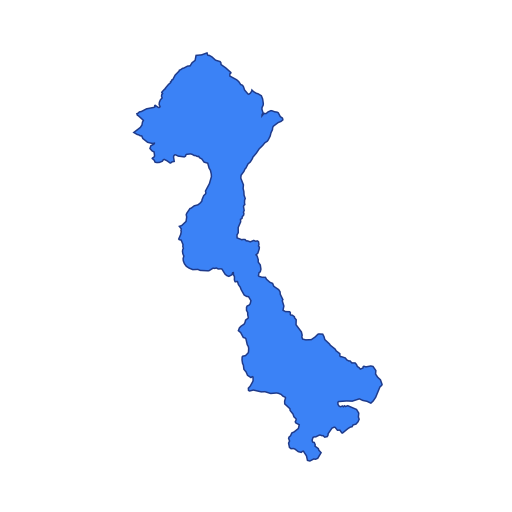 Ferreñafe, Lambayeque, Peru (orthographic projection), rotated 118°
{"feature_id": "86281439B15952287038744", "entity_name": "Ferreñafe", "entity_type": "district", "adm_level": 2, "iso_a3": "PER", "parent_name": "Peru", "parent_adm1": "Lambayeque", "projection": "orthographic", "projection_center": [-79.498, -6.346], "detail": "fine", "context": "isolated", "style": "filled", "palette": "blue", "viewbox_px": 512, "rotation_deg": 118, "n_neighbors": 0, "source": "geoboundaries", "source_scale": "gbopen_adm2", "svg_char_len": 6145}
<svg xmlns="http://www.w3.org/2000/svg" viewBox="0 0 512 512"><g transform="rotate(118 256 256)"><path d="M292.6,319.1L294.4,317.9L296.4,315.6L297.8,312.7L298.1,309.3L297.7,305.4L295.1,301.0L294.9,298.5L291.5,291.2L290.9,290.5L286.9,288.2L286.4,286.7L285.2,285.4L285.2,283.3L283.7,280.8L283.6,279.8L286.6,274.7L287.0,272.4L286.7,270.4L283.8,268.4L281.8,268.8L281.3,268.2L283.2,267.0L284.4,265.3L287.2,263.9L288.5,262.5L288.3,261.7L287.3,260.8L287.3,260.3L289.5,258.1L290.9,255.3L292.6,253.4L296.0,248.1L296.1,245.3L295.4,243.5L297.8,239.5L300.9,238.7L302.8,239.1L304.2,240.3L305.7,240.3L308.4,238.9L309.8,236.8L311.8,235.7L313.9,233.9L314.7,233.8L317.5,235.1L319.9,234.5L321.7,234.5L325.1,236.3L327.3,236.9L330.2,236.5L330.8,233.6L333.9,229.0L333.5,226.8L333.9,226.0L338.4,222.1L339.6,220.2L341.2,219.0L344.5,217.5L345.4,217.5L348.9,218.5L350.7,220.7L351.7,220.8L354.4,219.5L357.1,217.5L358.3,215.9L361.7,213.5L363.1,210.2L365.3,207.5L365.7,203.4L364.3,202.7L364.3,201.8L367.3,200.1L368.4,199.9L373.7,200.0L376.3,200.7L378.2,199.5L378.2,198.3L375.6,195.4L373.5,187.6L371.6,184.4L370.5,178.5L367.3,173.6L366.7,171.8L366.4,168.8L367.1,166.5L367.0,163.8L367.4,163.3L370.7,162.6L373.1,161.2L374.9,154.4L376.4,153.3L378.2,149.1L380.2,147.0L380.9,144.3L381.8,143.6L384.0,143.5L384.7,142.4L384.7,138.6L388.4,137.6L393.5,139.8L395.4,141.3L398.6,141.1L400.3,141.8L401.7,141.6L403.6,139.5L405.9,139.4L409.3,136.6L409.7,134.6L408.4,132.5L408.2,131.1L408.9,126.8L408.1,123.8L406.8,123.4L406.1,122.5L408.8,117.6L412.3,114.6L411.7,112.2L408.1,109.7L407.5,108.0L405.6,106.5L399.1,106.2L398.0,109.3L396.8,110.6L396.2,114.6L394.9,115.1L393.3,117.0L393.7,118.5L393.4,119.0L392.2,120.0L389.4,120.5L388.4,119.7L387.6,118.3L384.4,116.0L383.9,115.1L383.7,113.4L383.1,112.4L383.7,110.3L382.0,108.3L380.4,108.3L378.9,108.9L372.3,108.1L370.4,106.6L370.2,105.6L371.6,102.3L370.4,100.2L371.9,97.2L371.7,96.5L365.0,93.7L362.8,92.4L361.6,91.0L359.6,91.0L357.5,88.8L354.5,88.1L351.7,88.3L350.1,90.0L346.5,91.5L344.3,95.2L345.1,104.7L346.9,106.3L346.7,107.5L348.1,108.1L347.8,109.2L349.4,110.6L349.5,111.1L349.5,112.2L348.6,113.9L346.8,115.0L345.8,114.8L341.4,107.9L339.0,102.9L333.6,97.7L333.4,94.0L332.2,89.8L332.0,85.5L329.1,84.5L324.7,84.0L313.5,85.1L311.2,84.3L310.2,84.4L306.9,88.0L305.9,91.7L304.1,95.0L300.9,96.4L298.6,100.8L299.2,103.0L302.3,106.9L302.7,109.0L303.4,109.4L304.7,109.0L306.9,110.8L306.2,112.5L306.0,114.6L304.6,116.4L303.9,118.3L305.4,121.2L304.5,123.7L305.1,124.8L305.1,127.0L304.1,129.3L304.8,133.4L305.2,134.1L304.8,135.1L302.9,136.1L302.1,140.8L301.1,142.3L299.9,148.5L299.2,149.8L297.5,156.0L295.3,158.1L293.7,160.4L295.3,163.9L296.0,164.6L299.8,165.8L303.9,167.9L306.7,172.7L307.5,175.8L306.0,177.5L304.2,178.1L301.7,180.3L297.9,188.4L293.4,190.6L292.5,192.9L291.6,193.6L291.2,196.1L291.8,197.5L291.6,198.2L289.9,199.1L289.4,200.1L291.3,204.0L291.2,206.7L287.1,207.9L283.2,211.8L281.9,211.8L278.4,216.6L276.3,218.0L275.1,220.1L274.4,226.1L272.4,228.5L272.7,231.4L271.6,235.9L270.4,237.6L272.0,240.8L272.5,243.8L272.3,244.6L269.3,245.5L267.9,244.8L265.3,245.5L261.9,248.0L260.3,251.2L258.2,252.3L255.5,255.0L255.0,256.5L252.7,255.7L248.2,256.5L246.6,257.2L246.0,258.5L244.3,258.9L242.2,260.5L242.0,261.8L243.2,263.4L243.3,265.3L246.2,267.7L246.6,270.5L247.2,271.7L246.6,273.4L247.5,275.3L248.3,276.1L248.9,281.2L246.3,282.7L243.8,282.6L239.2,285.1L233.0,285.6L230.9,286.9L229.4,286.0L227.7,286.6L225.7,286.1L224.1,286.7L223.2,287.7L221.4,287.8L218.3,290.2L217.0,290.5L215.9,290.0L214.5,291.1L212.0,292.3L210.3,292.5L207.9,295.1L204.8,297.0L202.4,299.1L199.1,300.5L194.4,306.0L191.7,307.1L186.9,306.4L184.5,306.6L183.1,306.2L178.5,306.3L175.7,305.2L171.6,304.9L170.5,305.2L165.0,304.0L159.9,303.5L155.2,302.0L152.0,301.4L149.3,299.9L147.6,299.7L143.4,299.8L140.3,300.6L136.7,300.8L134.7,301.6L133.2,301.6L127.8,299.1L125.4,297.1L123.2,296.2L122.4,296.8L121.8,297.5L121.5,300.0L119.1,303.6L119.1,305.0L119.9,307.2L120.3,310.1L120.7,311.1L123.1,313.0L125.4,313.9L126.2,315.1L126.2,315.9L129.4,316.5L128.3,317.0L126.4,316.9L123.6,319.7L122.0,320.4L119.4,320.5L118.0,321.1L114.2,323.9L112.0,326.5L111.8,330.4L112.2,332.2L112.0,335.4L111.4,337.5L112.3,337.2L114.9,337.4L116.6,338.3L116.7,339.2L114.8,344.0L112.3,346.7L111.6,348.1L111.8,350.0L110.1,353.2L109.5,355.8L109.4,363.6L107.5,364.6L106.2,364.1L105.8,364.3L104.1,371.1L103.4,376.7L101.8,377.8L101.2,379.0L102.1,383.7L100.9,388.3L100.8,391.5L101.3,392.3L101.3,393.0L99.7,394.6L104.0,398.5L107.0,403.1L111.9,401.6L115.4,403.2L119.0,403.4L120.5,405.6L124.3,408.2L124.8,409.0L126.4,409.7L128.0,410.9L128.8,410.7L134.2,412.3L139.4,412.3L140.1,413.0L141.2,412.8L142.3,413.2L142.6,412.8L143.3,412.9L145.6,413.8L150.3,414.8L150.8,414.5L151.4,415.0L155.2,416.0L155.8,416.0L156.5,414.7L157.5,415.0L159.2,414.5L160.5,413.1L162.9,413.7L165.6,413.5L167.6,412.7L169.2,410.8L170.1,411.0L170.7,411.9L170.3,415.8L170.8,416.0L171.7,415.3L172.8,416.0L177.4,421.7L182.3,425.1L183.5,426.6L185.5,427.3L186.3,428.0L187.4,426.8L187.4,425.7L189.1,419.1L191.1,419.1L193.8,418.2L196.8,418.5L204.3,421.9L204.5,417.9L204.1,416.6L204.2,414.6L203.6,413.3L205.4,411.1L206.5,405.1L205.6,401.5L205.0,399.8L204.1,398.7L204.5,398.5L205.7,399.0L208.0,400.6L210.9,400.1L212.0,397.1L212.0,394.8L215.3,392.5L216.9,392.6L218.0,393.4L218.6,393.4L219.3,390.6L220.4,389.5L220.5,388.9L220.0,387.3L218.7,385.2L216.3,383.2L214.5,383.0L213.8,382.4L213.7,379.3L214.2,375.5L213.9,375.0L212.3,374.3L210.9,372.6L207.3,375.3L206.0,375.6L204.9,375.3L204.4,374.5L204.3,371.5L202.2,365.9L201.0,365.1L199.9,365.4L198.8,365.0L196.6,361.8L196.2,360.1L196.3,357.8L195.7,356.6L195.7,354.6L194.9,353.4L195.7,352.1L195.8,349.3L197.5,345.9L196.7,342.2L200.4,338.7L201.7,336.5L204.6,334.0L206.9,332.6L214.0,331.1L222.4,331.1L223.8,329.9L224.7,329.7L227.3,330.5L231.6,330.1L232.9,329.6L235.4,330.1L238.1,331.3L240.7,334.1L244.2,335.7L245.1,336.6L250.8,337.2L252.3,337.0L254.1,335.5L258.3,334.0L264.0,335.9L265.8,337.6L267.1,334.7L269.0,334.1L269.6,333.4L272.4,332.6L277.3,332.2L277.6,331.5L277.1,329.5L280.2,325.8L281.9,325.1L283.4,323.7L284.7,323.7L286.4,323.1L288.4,321.6L289.9,319.7L292.6,319.1Z" fill="#3b82f6" stroke="#1e3a8a" stroke-width="1.5"/></g></svg>